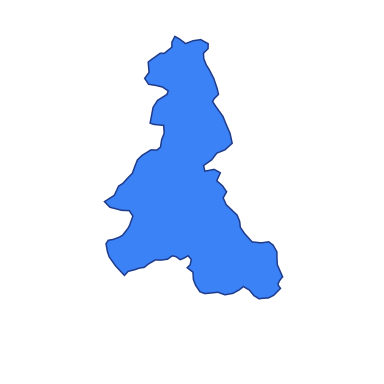 Gunwi-gun, North Gyeongsang, South Korea, rotated 51°
{"feature_id": "91817680B30315657457409", "entity_name": "Gunwi-gun", "entity_type": "district", "adm_level": 2, "iso_a3": "KOR", "parent_name": "South Korea", "parent_adm1": "North Gyeongsang", "projection": "natural_earth1", "projection_center": [128.644, 36.164], "detail": "fine", "context": "isolated", "style": "filled", "palette": "blue", "viewbox_px": 384, "rotation_deg": 51, "n_neighbors": 0, "source": "geoboundaries", "source_scale": "gbopen_adm2", "svg_char_len": 1772}
<svg xmlns="http://www.w3.org/2000/svg" viewBox="0 0 384 384"><g transform="rotate(51 192 192)"><path d="M315.0,175.0L302.3,171.5L297.8,168.3L291.9,163.7L284.2,162.4L279.0,163.7L275.1,170.2L268.6,176.7L257.6,177.3L249.9,176.7L244.7,173.4L238.2,171.5L223.4,173.4L216.2,171.5L213.6,165.0L206.5,164.4L198.8,165.7L194.9,157.9L188.4,160.5L183.9,168.9L178.7,166.3L179.4,156.6L177.4,148.2L180.0,139.8L179.4,130.1L170.3,125.5L161.2,123.0L152.8,120.4L140.5,119.7L134.7,119.1L133.4,115.8L132.8,110.0L127.6,107.4L117.3,103.6L107.6,101.6L102.4,101.0L95.9,99.0L91.4,95.8L90.7,89.3L86.9,86.1L79.1,89.3L75.2,95.8L72.6,103.6L64.9,105.5L60.3,107.4L61.3,109.6L62.9,113.3L66.8,116.5L66.8,120.4L66.8,126.2L64.2,129.4L63.5,140.4L63.5,144.3L72.0,150.1L73.9,157.3L81.0,157.9L86.8,152.7L92.0,148.8L98.5,146.9L100.4,150.1L99.1,161.1L101.7,168.9L108.8,177.3L112.1,181.2L115.3,179.3L122.4,172.1L128.9,176.7L132.1,182.5L137.3,188.3L137.3,192.9L133.4,197.4L132.1,207.8L132.7,214.2L136.0,220.1L139.9,226.5L140.5,231.7L140.8,233.9L141.8,240.2L141.2,245.3L145.7,254.4L144.4,266.1L152.2,265.4L157.3,261.6L161.9,258.3L167.0,252.5L173.5,253.1L178.7,261.6L180.0,264.8L181.9,273.2L181.3,277.1L179.3,283.0L176.8,287.5L178.1,291.4L183.0,294.1L185.2,295.3L190.4,297.2L201.4,297.9L214.3,297.0L213.5,291.6L216.4,285.3L218.0,280.8L220.5,276.6L220.5,271.2L221.7,263.3L225.5,258.8L228.8,253.4L229.2,247.5L232.1,245.1L237.1,243.8L238.3,240.1L239.1,235.1L244.1,235.1L247.4,239.3L247.8,243.4L254.9,241.7L260.9,246.0L266.7,247.9L274.5,248.6L279.0,246.0L286.2,235.0L292.6,231.1L296.5,224.0L297.8,216.8L297.8,211.6L304.3,209.1L311.4,209.1L317.2,207.1L319.1,203.9L322.4,199.3L323.7,193.5L322.6,183.9L319.5,183.7L317.8,183.3L316.1,180.0L314.9,175.4L315.0,175.0Z" fill="#3b82f6" stroke="#1e3a8a" stroke-width="1.5"/></g></svg>